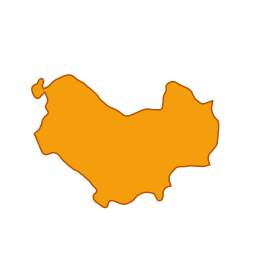 Las Matas de Santa Cruz, Monte Cristi, Dominican Republic (orthographic projection), rotated 247°
{"feature_id": "3306468B23054065948148", "entity_name": "Las Matas de Santa Cruz", "entity_type": "district", "adm_level": 2, "iso_a3": "DOM", "parent_name": "Dominican Republic", "parent_adm1": "Monte Cristi", "projection": "orthographic", "projection_center": [-71.454, 19.622], "detail": "fine", "context": "isolated", "style": "filled", "palette": "amber", "viewbox_px": 256, "rotation_deg": 247, "n_neighbors": 0, "source": "geoboundaries", "source_scale": "gbopen_adm2", "svg_char_len": 3242}
<svg xmlns="http://www.w3.org/2000/svg" viewBox="0 0 256 256"><g transform="rotate(247 128 128)"><path d="M62.2,189.0L65.9,189.3L67.6,189.6L69.3,190.1L70.6,191.0L71.8,192.1L72.7,193.4L74.4,197.1L77.0,201.9L77.9,203.1L79.1,204.0L83.7,206.8L87.5,208.6L91.7,211.0L96.7,213.1L98.1,213.5L98.8,213.6L100.1,213.4L103.5,212.1L105.2,211.8L108.7,211.6L111.3,211.9L113.0,212.3L113.8,212.7L120.0,216.6L120.4,209.9L120.7,207.5L121.2,206.0L121.7,205.3L122.2,204.8L123.4,203.9L126.0,202.4L128.2,201.4L130.7,200.9L135.0,200.7L136.8,200.4L138.4,200.0L139.3,199.6L141.6,198.0L148.6,191.7L151.8,189.5L152.4,188.9L152.8,188.3L153.3,186.8L153.6,185.2L153.5,182.8L153.1,181.3L152.7,180.6L152.3,179.9L151.1,179.1L148.5,178.2L147.3,177.5L146.8,177.1L145.0,174.8L143.3,173.2L142.0,172.3L138.3,170.6L133.8,167.9L132.8,167.0L132.5,166.3L132.3,165.5L132.2,164.8L132.6,163.3L134.3,160.1L135.7,157.1L137.7,153.6L138.3,152.0L138.5,151.1L138.7,149.3L138.8,147.4L138.7,136.0L139.0,133.3L139.5,131.6L140.4,130.2L141.5,129.0L142.8,128.1L145.7,126.7L147.2,125.7L149.4,124.0L155.0,118.9L157.3,117.3L160.3,115.9L164.6,113.8L166.2,113.3L169.6,112.7L171.2,112.2L175.5,110.1L178.6,108.8L182.7,106.5L185.0,105.5L186.6,104.7L192.3,100.3L193.7,99.4L196.7,98.0L198.5,96.5L199.5,95.2L199.9,94.5L200.2,93.7L200.6,91.9L200.9,88.1L200.8,83.4L200.6,80.5L200.1,77.8L199.5,76.1L197.9,72.5L197.4,70.9L197.2,69.1L197.0,65.6L200.6,65.6L202.8,67.8L203.9,68.5L204.6,68.8L205.3,68.8L206.1,68.7L206.8,68.2L207.3,67.5L207.4,66.7L207.4,66.0L207.2,65.3L206.4,64.1L204.3,61.9L204.2,59.2L203.9,57.4L203.6,56.6L203.1,55.8L202.4,55.2L200.7,54.4L197.9,54.0L195.1,54.0L193.4,54.2L192.5,54.5L191.7,54.9L191.1,55.5L190.6,56.2L190.4,57.7L190.8,59.3L192.3,62.4L193.3,65.5L188.5,65.5L186.6,65.3L184.9,64.9L183.5,64.2L180.8,61.2L179.8,60.4L179.2,60.2L178.0,60.1L175.8,60.7L174.6,60.8L173.3,60.6L172.7,60.2L171.9,59.1L170.8,55.6L169.7,53.6L168.2,52.0L165.2,49.9L161.6,46.0L160.9,44.7L159.3,39.4L153.9,39.6L141.2,39.4L139.4,39.5L137.8,39.9L137.0,40.3L136.4,40.8L135.9,41.5L135.5,42.3L135.2,43.9L134.8,48.2L134.3,50.0L133.5,51.3L132.4,52.5L131.8,53.0L131.1,53.4L129.5,54.0L124.6,55.1L120.3,57.1L117.2,58.4L111.2,61.8L108.2,64.5L103.6,67.2L102.2,68.0L99.1,69.3L94.8,71.5L93.2,72.0L89.0,73.0L85.0,74.7L83.6,74.9L82.9,74.8L82.3,74.6L81.7,74.2L81.3,73.8L80.8,72.7L80.2,70.9L79.5,69.8L78.9,69.4L77.5,68.9L76.8,68.7L75.2,68.7L73.6,69.1L72.1,69.8L65.4,74.0L64.3,74.9L63.7,75.9L63.5,76.6L63.5,77.3L63.6,77.9L63.9,78.5L64.3,78.9L66.3,80.3L67.2,81.2L67.8,82.4L67.9,83.1L67.9,83.9L67.6,84.6L66.7,86.0L65.6,87.3L61.7,91.2L60.0,93.4L59.2,95.1L58.7,97.7L58.7,99.5L58.8,101.3L59.2,103.9L59.8,105.4L61.6,109.0L62.3,111.5L62.4,113.3L62.5,116.0L62.3,117.8L61.8,119.5L61.2,120.9L59.1,124.2L58.2,125.4L57.7,125.9L57.0,126.2L55.5,126.6L51.8,126.8L50.4,127.0L49.8,127.3L49.2,127.8L48.8,128.4L48.6,129.2L48.6,129.9L48.7,130.7L49.0,131.3L50.0,132.5L51.8,133.7L53.9,134.6L55.3,135.4L56.5,136.4L57.5,137.6L58.1,139.2L58.4,140.9L58.3,142.6L57.9,144.9L62.3,145.2L64.0,145.5L65.7,146.1L66.4,146.5L67.7,147.4L68.8,148.6L69.6,150.1L72.0,155.1L72.5,156.6L72.7,157.4L72.6,159.1L72.5,159.9L70.4,164.9L69.4,169.1L68.9,170.7L66.7,174.9L65.3,178.0L63.8,180.8L63.2,182.3L62.6,184.8L62.2,189.0Z" fill="#f59e0b" stroke="#b45309" stroke-width="1.5"/></g></svg>